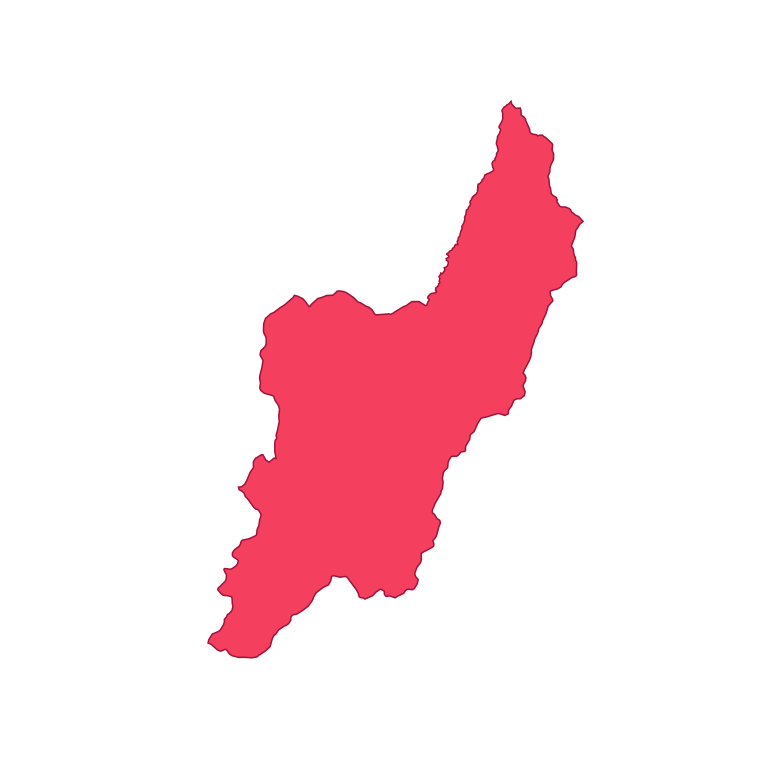 Onzaga, Santander, Colombia (Robinson projection), rotated 23°
{"feature_id": "7082276B75716633993754", "entity_name": "Onzaga", "entity_type": "district", "adm_level": 2, "iso_a3": "COL", "parent_name": "Colombia", "parent_adm1": "Santander", "projection": "robinson", "projection_center": [-72.805, 6.343], "detail": "fine", "context": "isolated", "style": "filled", "palette": "rose", "viewbox_px": 768, "rotation_deg": 23, "n_neighbors": 0, "source": "geoboundaries", "source_scale": "gbopen_adm2", "svg_char_len": 6138}
<svg xmlns="http://www.w3.org/2000/svg" viewBox="0 0 768 768"><g transform="rotate(23 384 384)"><path d="M401.5,76.7L398.2,78.5L396.7,78.5L392.2,76.4L390.5,74.1L389.2,77.8L388.2,78.7L387.4,80.8L386.4,82.2L385.6,85.4L385.8,86.4L387.4,88.3L389.7,93.6L389.9,95.6L389.3,102.1L389.8,103.1L391.3,103.8L392.1,104.7L392.3,108.4L391.8,112.0L392.5,113.9L393.1,117.8L393.8,119.4L394.8,120.2L398.1,124.7L397.5,127.7L398.4,130.2L398.0,132.9L398.5,134.7L397.3,136.5L397.2,138.6L399.4,142.1L400.8,143.0L401.0,144.0L401.0,145.5L397.8,149.4L396.8,150.1L395.9,151.6L395.2,152.0L395.5,155.7L394.5,157.6L394.8,159.3L393.6,162.6L392.5,163.3L393.5,166.7L394.3,166.9L394.0,168.6L394.7,169.4L394.9,170.9L394.6,173.0L392.3,177.4L392.6,178.2L392.2,179.2L392.6,180.2L391.9,182.0L392.3,183.6L393.2,184.4L393.4,186.5L392.8,187.7L392.9,190.2L391.9,191.7L393.1,195.8L393.0,199.1L394.0,200.5L394.5,204.4L394.1,208.7L395.2,210.8L395.0,213.2L395.9,218.5L395.2,220.2L395.9,222.3L395.6,224.0L397.4,226.9L395.5,227.5L395.2,228.1L395.1,230.7L394.0,232.6L394.3,234.2L392.6,235.9L391.8,238.4L390.9,239.4L391.4,240.4L392.9,240.4L393.7,241.0L393.9,242.2L392.2,244.3L393.2,245.8L394.5,245.8L395.4,246.6L396.1,248.3L396.2,250.5L395.6,251.8L394.0,253.6L395.4,254.9L395.4,256.1L394.6,259.7L392.9,259.7L393.2,261.4L392.6,263.5L394.1,264.9L394.7,268.1L395.8,268.8L395.2,270.5L395.5,271.6L395.1,273.7L394.2,275.3L394.7,277.4L396.3,278.3L395.2,280.3L392.4,282.0L391.1,283.8L390.3,286.4L390.7,287.8L392.8,288.7L392.9,289.2L392.3,290.8L392.6,295.0L391.5,295.5L390.4,295.5L384.1,294.4L378.0,297.0L377.3,297.5L373.6,303.5L371.9,304.9L365.6,313.7L365.2,314.6L362.9,317.4L361.4,317.4L350.0,323.3L348.3,323.4L343.9,320.3L340.1,319.2L337.4,319.5L330.9,318.4L327.8,318.6L322.5,316.4L313.9,314.6L310.9,314.7L307.1,315.5L304.7,316.8L302.9,321.0L301.9,322.4L296.7,324.9L292.5,329.0L289.7,331.1L286.0,339.0L285.6,341.6L283.9,341.6L279.2,338.7L275.9,337.2L270.3,336.9L266.9,337.4L266.5,340.0L261.7,349.8L258.0,355.2L254.8,361.0L252.3,363.6L249.3,369.9L249.7,375.5L252.3,382.3L253.4,383.9L257.5,387.5L259.4,392.0L260.0,394.0L259.8,396.5L257.7,401.3L258.1,404.3L258.8,406.0L263.5,409.6L265.2,416.8L266.4,424.6L267.2,427.3L270.0,431.6L270.9,435.4L271.7,436.9L273.1,438.0L277.4,439.3L285.7,438.2L287.2,438.4L290.3,441.8L295.2,445.0L297.7,448.0L299.6,454.6L302.2,459.4L304.0,468.1L304.7,473.1L305.1,474.2L306.3,475.3L306.5,476.4L305.8,478.3L306.6,481.1L310.0,489.1L313.8,494.7L311.9,495.1L308.6,501.0L306.4,500.3L305.3,500.4L300.1,496.4L298.8,497.0L294.7,502.8L294.1,506.5L296.5,512.2L295.3,517.5L295.4,526.0L294.9,530.8L293.0,534.3L290.3,535.8L291.9,537.9L295.2,538.2L297.7,539.0L300.6,542.1L301.5,542.1L304.4,543.6L312.7,548.6L315.0,549.3L316.3,548.8L318.4,549.5L321.2,551.6L322.4,553.6L322.5,557.3L324.1,563.2L324.0,567.2L325.5,572.4L325.2,573.7L320.1,579.3L314.6,583.1L314.0,584.5L314.4,588.2L314.1,589.8L311.4,594.5L310.8,596.0L310.5,598.8L311.4,601.1L313.0,602.1L317.6,602.9L319.0,603.6L319.4,606.9L318.7,609.5L316.0,613.8L314.2,614.8L309.8,615.9L309.1,616.6L309.3,617.7L313.8,621.6L315.0,625.6L314.8,628.0L311.1,636.7L311.3,638.3L315.7,640.6L318.6,641.3L323.6,639.8L326.9,639.5L328.1,641.1L330.2,645.5L331.8,647.5L332.5,651.7L331.2,655.8L330.1,657.2L329.9,660.3L329.1,662.7L329.2,663.8L330.0,665.1L330.3,668.8L329.5,673.9L328.5,676.3L323.6,681.2L322.6,688.1L323.3,691.2L324.2,691.0L327.1,691.3L334.4,693.8L337.5,693.9L338.2,693.6L341.7,690.1L343.2,690.4L347.2,692.9L350.1,693.5L357.3,692.4L361.6,690.4L369.5,687.6L373.9,684.7L375.0,681.9L375.9,681.4L376.2,680.5L379.0,676.4L381.8,670.3L380.7,662.1L380.8,658.8L382.2,656.4L382.9,651.9L387.0,645.4L388.1,644.6L389.7,642.1L390.5,638.2L389.4,635.0L389.8,633.1L390.7,631.7L392.9,630.5L394.2,629.1L397.6,624.2L401.1,618.0L402.5,611.8L402.7,609.0L402.4,608.1L403.1,602.7L407.6,594.8L411.4,590.6L411.9,586.3L411.0,581.7L411.4,580.9L413.2,580.0L419.1,579.0L422.3,577.0L424.3,576.2L425.5,576.3L438.9,584.1L442.3,586.9L444.2,589.5L445.7,589.8L448.8,589.0L450.5,589.4L456.2,583.4L457.9,578.9L460.4,574.7L461.2,574.2L465.2,574.6L466.5,577.4L468.3,578.6L469.9,578.3L471.4,577.0L472.5,576.8L477.8,576.5L479.5,573.9L483.9,569.1L484.4,566.0L485.3,564.3L486.7,563.3L490.6,562.3L491.8,560.5L492.6,555.5L492.0,551.0L491.2,550.2L488.9,549.3L487.7,548.1L486.6,546.9L486.2,545.2L486.0,539.9L487.2,535.2L487.4,533.1L486.9,530.7L484.6,526.0L485.0,524.4L492.4,515.3L493.0,513.9L492.4,511.7L490.2,509.2L491.4,505.3L491.6,503.1L490.3,493.8L490.2,489.9L488.6,487.7L485.5,487.2L481.3,484.3L479.1,483.7L478.2,482.5L477.8,480.8L477.7,473.7L479.1,462.9L478.5,460.4L478.6,457.1L476.6,450.9L475.3,449.2L474.3,447.0L473.3,442.0L473.5,440.5L475.3,436.2L473.6,430.9L473.7,427.7L474.2,424.8L474.8,424.0L479.2,422.0L480.2,420.4L481.5,416.4L484.6,414.6L485.0,413.4L484.1,411.5L483.5,409.0L484.5,401.5L483.5,398.0L483.5,396.4L485.5,392.7L485.7,383.5L486.7,377.5L491.0,374.5L499.5,367.3L501.6,366.2L507.6,365.7L509.8,363.1L510.0,362.3L509.1,360.1L509.0,358.4L510.0,354.8L510.0,348.0L512.4,345.5L515.2,344.4L517.8,339.8L516.9,335.9L513.4,332.2L512.5,330.6L513.0,325.8L512.1,322.6L510.4,320.9L507.7,319.4L507.7,315.9L508.6,306.7L508.5,301.7L507.4,297.2L506.3,295.2L506.0,292.7L505.6,286.2L505.1,283.7L505.6,277.2L504.9,272.0L505.8,267.1L505.3,263.3L505.6,255.9L504.7,248.1L506.9,241.6L506.2,240.3L503.1,237.9L500.9,234.4L501.5,232.7L506.9,228.4L509.0,225.4L509.3,222.6L510.4,219.9L515.2,212.8L518.2,210.2L518.7,209.0L518.5,207.6L517.4,206.1L514.2,197.5L513.3,196.1L512.3,195.6L510.6,192.5L509.7,192.2L507.6,189.6L505.5,185.8L502.5,183.8L502.2,173.9L500.5,167.6L501.3,164.5L501.6,160.9L503.7,156.5L497.8,153.8L493.7,153.7L491.6,152.8L489.7,152.6L487.5,150.6L485.6,150.1L481.7,150.2L478.4,151.7L476.2,151.6L472.0,148.7L471.5,147.6L471.7,146.8L470.7,146.3L469.8,145.0L465.9,144.5L463.6,143.4L460.5,138.3L459.1,137.3L455.6,130.7L453.8,129.0L453.7,123.9L452.4,120.2L452.0,117.3L452.3,112.2L452.0,110.2L450.1,105.7L448.2,104.0L447.0,102.1L445.8,97.8L444.7,96.9L436.3,93.9L434.0,93.7L432.5,93.0L430.1,94.1L428.4,95.7L427.1,94.9L423.8,95.8L420.4,95.7L418.3,92.4L411.5,86.1L410.9,85.0L408.8,83.6L405.7,83.0L404.8,82.2L403.2,78.6L401.5,76.7Z" fill="#f43f5e" stroke="#9f1239" stroke-width="1.5"/></g></svg>